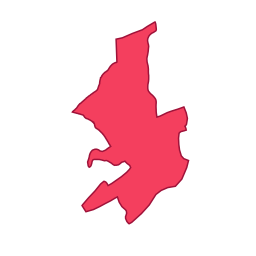 Babonneau Proper, Castries, Saint Lucia, rotated 326°
{"feature_id": "8701671B49626021137525", "entity_name": "Babonneau Proper", "entity_type": "district", "adm_level": 2, "iso_a3": "LCA", "parent_name": "Saint Lucia", "parent_adm1": "Castries", "projection": "mercator", "projection_center": [-60.946, 14.006], "detail": "fine", "context": "isolated", "style": "filled", "palette": "rose", "viewbox_px": 256, "rotation_deg": 326, "n_neighbors": 0, "source": "geoboundaries", "source_scale": "gbopen_adm2", "svg_char_len": 5705}
<svg xmlns="http://www.w3.org/2000/svg" viewBox="0 0 256 256"><g transform="rotate(326 128 128)"><path d="M167.8,47.7L155.7,67.1L155.4,67.1L155.0,67.2L154.7,66.9L154.3,66.8L154.0,66.8L153.5,66.6L153.1,66.6L152.9,66.5L152.6,66.5L152.2,66.5L151.5,66.4L150.8,66.4L149.6,66.6L149.3,66.7L149.0,66.8L148.1,66.9L147.7,67.1L147.1,67.3L146.7,67.5L145.9,67.8L145.5,68.0L144.9,68.3L144.6,68.4L144.0,68.7L143.6,68.8L143.3,68.8L142.9,68.8L142.7,68.9L142.4,69.0L142.1,69.1L141.8,68.9L141.4,68.9L140.9,69.1L140.5,69.0L140.3,68.9L139.9,69.1L139.5,69.0L139.3,69.1L139.0,69.1L138.7,69.2L138.0,69.3L137.7,69.4L137.2,69.5L136.9,69.6L135.8,70.0L135.5,70.1L135.4,70.3L135.2,70.3L135.0,70.5L134.7,70.7L134.3,70.8L133.3,71.0L132.9,71.6L132.6,71.8L132.4,72.0L132.0,72.3L131.8,72.6L131.4,72.8L131.1,73.3L130.5,73.8L130.2,74.1L130.1,74.3L130.0,74.5L129.7,74.7L129.6,74.9L129.4,75.1L129.3,75.4L128.1,76.2L127.9,76.4L127.4,76.6L126.8,77.1L126.1,77.6L125.8,77.9L125.5,78.1L124.5,78.9L124.0,79.1L123.5,79.2L123.3,79.3L122.7,79.3L121.9,79.5L121.6,79.5L121.2,79.4L120.8,79.5L120.4,79.4L119.4,79.4L119.2,79.4L118.7,79.4L118.4,79.4L118.1,79.6L117.8,79.5L117.4,79.5L117.1,79.5L116.7,79.5L116.2,79.5L115.9,79.5L115.6,79.5L115.2,79.6L114.7,79.7L113.8,79.6L113.1,79.6L112.5,79.7L112.0,79.8L111.4,79.8L111.1,79.9L110.3,79.8L109.7,80.1L109.3,80.2L108.6,80.2L108.0,80.3L107.5,80.4L107.0,80.4L106.3,80.6L105.7,80.6L105.2,80.6L104.8,80.7L104.2,80.8L103.2,80.9L102.4,81.1L101.9,81.0L101.7,80.9L101.3,81.1L100.6,81.2L100.0,81.4L99.7,81.5L98.7,81.8L98.4,82.0L97.3,82.4L96.4,82.8L96.1,82.8L95.2,82.9L94.8,83.0L94.3,83.1L93.9,83.3L93.6,83.2L92.5,83.3L92.2,83.4L91.8,83.4L91.3,83.4L90.8,83.7L91.1,84.0L91.3,84.2L91.7,84.7L91.9,85.0L92.3,85.4L92.6,85.7L92.7,85.9L93.0,86.2L93.5,86.8L93.9,87.3L94.2,87.5L94.5,87.9L94.8,88.2L94.9,88.5L95.4,89.0L95.7,89.2L95.9,89.6L96.2,89.8L96.4,90.2L96.9,90.8L97.6,91.6L98.1,92.4L98.1,92.8L98.2,93.1L98.1,93.5L98.2,93.9L98.1,94.7L98.2,95.2L98.4,95.7L98.5,96.2L98.7,96.8L99.0,97.0L99.3,97.3L99.4,97.6L99.6,97.8L99.8,98.1L100.0,98.4L100.3,99.0L100.4,99.3L100.6,99.6L100.7,99.8L100.9,100.0L101.2,100.7L101.7,101.9L102.6,103.7L102.4,103.7L102.2,103.7L102.3,103.9L102.3,104.3L102.3,105.0L102.6,105.4L102.5,105.6L102.4,105.8L102.1,106.6L101.9,107.0L101.7,107.7L101.4,108.4L101.3,108.8L101.3,109.5L101.4,110.2L101.5,110.4L101.7,111.0L101.9,111.3L102.0,111.5L102.3,112.1L102.4,112.3L102.4,112.7L102.5,112.9L102.8,113.7L103.0,114.0L102.9,114.5L103.1,115.2L103.3,116.1L103.3,116.5L103.6,117.6L103.7,118.3L103.8,118.5L103.7,119.0L103.8,119.2L103.8,119.7L103.9,119.9L103.9,120.5L103.9,120.8L103.9,121.1L103.9,121.4L103.9,121.6L103.9,122.2L104.0,122.5L103.9,122.9L103.9,123.1L103.8,123.8L103.9,124.1L103.8,125.0L103.8,125.5L103.7,125.7L103.8,126.3L103.8,126.8L103.7,127.1L103.7,127.4L103.7,127.6L103.7,128.2L103.7,128.4L103.7,128.6L103.6,128.9L103.6,129.5L103.5,129.9L103.5,130.1L103.4,130.5L103.5,130.7L103.5,131.4L103.4,131.7L103.5,131.9L103.4,132.5L103.4,133.6L99.7,133.6L97.0,133.8L93.6,133.1L92.0,131.4L91.4,129.7L90.3,128.2L88.7,127.1L86.1,126.5L84.2,127.0L82.5,127.8L80.9,129.0L79.8,130.2L78.3,131.5L75.5,133.6L73.8,137.2L73.9,138.8L74.4,138.9L75.3,138.9L76.3,138.5L78.0,137.2L78.8,136.4L79.6,135.6L80.5,135.1L81.4,134.8L82.5,135.2L85.3,137.1L86.9,138.3L88.5,140.0L89.9,141.7L90.3,142.1L91.8,142.8L92.4,143.5L93.1,144.7L94.2,147.1L94.7,148.1L94.9,149.1L95.2,149.9L95.5,150.6L96.0,151.4L96.3,151.5L97.5,152.3L99.6,153.2L102.1,153.1L103.2,152.9L103.8,152.9L105.9,153.6L106.9,153.8L107.0,154.7L107.4,156.8L108.5,160.0L108.1,162.3L106.0,163.1L102.1,164.0L95.2,164.7L83.7,164.9L79.3,164.6L79.6,162.2L79.4,160.5L78.7,159.2L78.1,158.7L74.0,159.1L65.6,161.7L56.3,163.8L47.6,166.2L46.5,166.6L46.3,173.9L53.8,176.3L60.7,177.3L66.9,177.9L72.6,178.6L78.0,178.9L80.7,179.2L79.9,182.0L79.2,184.7L79.1,187.4L79.0,189.7L79.5,191.8L80.1,194.0L80.3,195.6L79.3,197.8L79.1,198.0L77.3,199.5L76.4,200.1L75.4,201.7L74.8,204.9L75.1,207.5L75.4,208.0L78.3,208.3L91.5,206.4L102.5,203.7L114.0,198.7L120.6,198.3L127.6,199.6L134.7,202.8L144.0,200.5L154.5,193.7L160.0,188.8L157.1,184.6L156.6,180.9L158.4,175.1L160.9,170.1L164.2,164.7L167.4,160.9L168.7,160.6L169.9,160.6L173.0,161.7L175.1,162.3L175.2,162.0L175.6,161.2L175.9,160.1L176.1,159.4L176.2,158.8L176.2,158.3L177.3,158.2L178.6,157.6L182.6,153.3L184.7,148.1L186.1,141.8L180.1,140.3L173.1,138.2L169.1,137.2L161.4,136.1L158.1,135.1L159.8,131.5L160.6,130.1L160.9,129.5L161.1,129.3L161.3,129.0L162.2,127.5L163.2,125.9L164.2,124.5L164.4,124.2L164.9,123.6L165.7,122.5L166.0,122.1L166.1,121.8L166.4,121.2L166.6,120.9L166.9,119.9L167.0,119.2L167.0,118.9L167.0,117.8L166.9,116.7L166.7,115.3L166.6,114.6L166.4,114.0L166.1,113.0L166.0,112.6L165.9,111.9L165.8,111.5L165.7,111.2L165.7,110.8L165.7,110.5L165.6,109.5L165.6,108.8L165.7,108.4L165.9,107.6L166.5,106.3L166.7,106.0L167.1,105.4L167.5,104.8L168.1,104.0L168.5,103.4L169.3,102.6L169.8,102.1L170.4,101.5L170.9,101.0L171.4,100.4L172.3,99.3L173.2,98.0L173.8,97.1L174.6,95.9L175.0,95.1L175.1,94.8L175.7,93.8L176.7,92.2L177.7,90.8L178.2,89.9L178.9,88.6L179.0,88.3L179.5,87.4L179.7,86.7L180.1,85.7L180.6,84.3L180.9,83.7L181.1,83.3L181.3,83.0L181.8,82.1L182.2,81.4L182.4,81.1L183.0,80.4L183.5,79.9L184.2,79.2L184.8,78.7L186.9,76.5L187.9,75.4L188.3,74.9L189.4,73.5L189.9,72.9L190.2,72.6L190.7,72.0L190.9,71.7L191.0,71.4L191.4,70.7L191.6,70.1L192.0,68.9L192.9,66.8L193.1,66.5L193.2,66.3L194.0,65.4L194.2,65.1L194.6,64.8L196.0,63.9L196.9,63.4L197.9,63.1L198.7,62.9L199.8,62.8L200.5,62.7L202.0,62.9L202.7,63.0L203.4,63.0L204.9,63.0L205.5,63.0L205.8,62.8L206.1,62.6L206.6,62.1L206.8,61.8L208.7,58.2L209.0,57.6L209.2,57.2L209.7,55.5L209.7,55.2L209.1,55.1L200.7,54.6L194.9,54.6L184.6,52.1L173.8,50.1L167.8,47.7Z" fill="#f43f5e" stroke="#9f1239" stroke-width="1.5"/></g></svg>